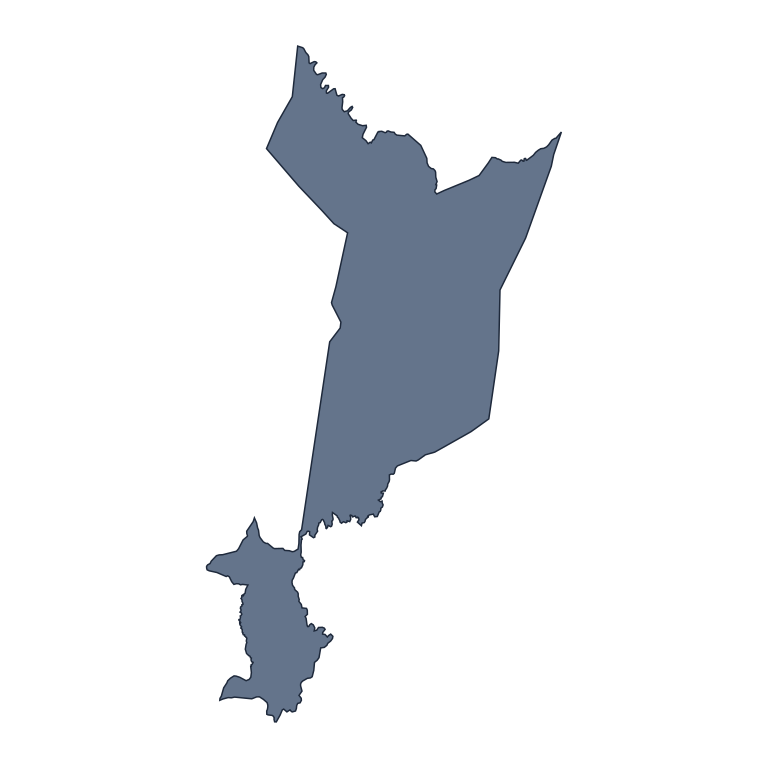 the district of San Pablo Coatlán, Oaxaca, Mexico
{"feature_id": "50627088B61176301842626", "entity_name": "San Pablo Coatlán", "entity_type": "district", "adm_level": 2, "iso_a3": "MEX", "parent_name": "Mexico", "parent_adm1": "Oaxaca", "projection": "equal_earth", "projection_center": [-96.818, 16.154], "detail": "fine", "context": "isolated", "style": "filled", "palette": "slate", "viewbox_px": 768, "rotation_deg": 0, "n_neighbors": 0, "source": "geoboundaries", "source_scale": "gbopen_adm2", "svg_char_len": 6090}
<svg xmlns="http://www.w3.org/2000/svg" viewBox="0 0 768 768"><path d="M488.8,418.9L498.7,350.9L500.0,290.0L525.6,238.1L551.3,166.3L553.7,154.6L561.4,132.0L555.9,138.3L554.8,138.4L552.0,140.1L548.6,144.9L546.6,146.9L543.9,148.3L540.8,148.7L538.3,150.2L535.6,152.4L533.3,155.3L526.7,160.3L526.3,160.3L525.6,158.5L525.0,158.4L524.2,158.8L523.9,161.1L523.1,161.2L521.7,160.0L520.7,160.2L518.2,163.2L514.5,162.3L505.8,162.4L502.2,161.3L501.1,160.2L498.2,158.9L497.3,159.0L495.5,157.7L491.9,157.4L488.2,163.1L479.1,175.5L469.0,180.3L444.2,190.5L436.7,194.0L434.8,191.8L435.0,189.8L436.1,188.6L436.7,185.0L435.8,184.7L437.1,181.6L435.8,177.2L435.6,172.1L435.0,170.6L433.4,168.9L431.2,168.5L428.6,166.4L427.1,162.9L426.8,158.3L420.8,145.4L407.9,134.1L406.6,134.3L404.8,135.9L396.8,135.1L395.2,134.0L394.1,132.3L390.9,132.0L388.1,130.9L387.0,131.2L386.5,132.2L385.1,132.7L381.8,131.3L379.0,131.5L379.0,131.8L377.9,132.0L373.9,139.7L372.8,140.0L371.3,142.9L370.2,142.2L368.1,143.7L365.9,140.6L362.3,137.7L363.0,134.3L366.5,127.3L366.2,125.3L362.6,125.7L358.1,124.3L355.9,122.2L356.4,120.4L356.2,120.1L353.2,120.5L351.1,118.2L348.2,113.7L348.5,112.1L351.4,109.9L352.7,107.4L352.1,106.4L350.4,107.4L347.4,110.8L344.2,111.7L342.2,109.4L342.0,107.6L342.7,101.9L342.5,97.7L343.7,97.1L344.6,95.7L344.3,94.7L342.2,94.4L338.5,96.0L336.9,95.2L335.1,88.7L333.6,88.8L327.5,93.3L326.5,93.1L326.3,91.0L328.6,87.2L328.4,85.5L325.5,85.5L324.6,87.4L323.6,88.3L322.5,88.6L320.9,87.5L320.6,84.6L322.7,79.7L325.1,77.1L326.3,74.4L325.8,73.0L322.2,73.0L317.7,74.7L316.5,74.4L313.7,70.3L313.8,67.2L315.1,64.7L316.9,62.9L315.8,61.8L314.2,61.6L310.1,63.6L309.1,62.9L308.8,56.6L308.0,54.9L305.8,52.5L303.8,48.7L302.7,47.7L297.7,46.1L292.3,96.7L277.6,122.4L266.5,148.6L298.8,186.2L321.7,210.3L333.9,223.7L347.6,232.8L335.9,286.7L331.5,302.6L332.2,305.1L340.9,322.1L340.2,328.0L329.7,341.8L301.6,529.7L299.7,531.7L299.1,534.4L298.9,543.4L298.1,549.0L294.2,551.4L292.2,551.7L289.3,550.7L284.7,550.4L282.9,548.4L274.5,548.6L273.1,548.0L267.6,543.4L265.9,543.4L263.3,541.9L260.0,537.5L259.2,535.6L258.5,530.1L257.6,527.9L256.6,522.9L254.4,517.9L253.2,521.6L246.7,531.2L246.8,533.5L247.5,535.8L247.3,536.4L243.1,539.9L238.6,548.7L236.5,551.2L222.7,554.7L219.1,554.9L216.4,555.7L211.2,561.2L210.1,563.5L207.6,564.9L206.6,566.3L206.6,568.0L207.1,569.8L209.2,570.8L216.9,572.5L226.2,576.5L227.6,575.8L229.3,576.8L231.7,581.7L233.9,584.4L236.4,583.7L238.7,583.8L240.5,584.8L242.6,584.4L247.9,585.0L245.7,589.4L245.1,593.2L244.1,594.0L243.4,595.8L242.8,595.8L242.7,595.0L241.8,595.6L241.7,597.7L241.0,598.4L242.0,599.9L242.0,601.3L242.9,603.3L242.9,604.4L241.9,604.7L241.9,606.0L240.6,607.0L240.4,608.6L240.9,609.2L241.0,610.9L240.0,612.1L241.3,612.9L241.8,614.2L240.9,615.7L240.2,616.0L240.5,617.3L239.8,619.9L238.9,619.7L238.9,620.1L240.7,622.5L240.4,623.2L239.7,622.9L239.7,623.3L240.0,624.8L241.6,626.9L240.8,628.0L242.2,629.4L242.3,632.3L242.9,632.7L242.8,633.6L243.4,634.8L244.5,634.8L244.6,636.0L245.5,636.5L246.0,637.4L246.5,637.5L246.8,638.4L246.3,641.0L246.8,642.6L246.1,644.4L245.3,649.2L246.6,653.6L249.1,655.9L249.6,655.9L250.2,656.6L250.4,657.7L251.4,658.1L251.0,659.9L251.7,661.8L252.9,662.1L253.1,662.5L251.9,664.6L251.1,664.9L251.3,666.1L250.7,666.3L251.4,672.6L250.8,677.2L249.2,679.4L246.1,680.7L239.8,677.3L236.1,676.1L234.0,675.9L230.4,678.2L227.7,680.8L226.9,682.9L223.7,687.8L221.3,696.2L220.0,698.3L219.8,700.3L222.9,699.0L228.1,697.6L231.5,697.8L234.6,697.1L251.8,698.8L256.6,696.9L259.4,696.8L263.4,699.4L267.1,702.6L267.8,705.1L267.8,707.0L267.4,709.4L266.7,711.0L266.8,714.3L268.1,714.9L272.2,715.4L273.1,716.0L274.2,717.7L274.0,719.2L274.6,721.8L276.3,721.9L280.1,715.1L282.3,709.9L283.7,709.1L286.9,711.9L290.0,709.9L291.5,711.6L292.4,711.9L295.5,711.0L296.4,708.5L296.7,705.5L297.7,703.4L300.1,702.8L301.4,700.3L301.2,698.2L299.0,695.4L302.0,691.1L300.6,685.9L300.6,683.9L301.3,682.4L302.7,681.0L307.4,678.3L310.5,677.9L312.2,676.7L313.8,670.3L314.5,662.4L317.2,660.2L319.0,657.7L320.7,647.9L324.3,647.4L326.9,645.3L327.7,643.4L330.7,641.0L332.5,638.5L332.9,636.3L330.7,634.1L328.6,635.5L327.3,637.0L325.1,634.5L322.6,634.1L322.7,632.5L325.1,629.4L324.3,628.1L322.3,627.3L318.5,627.5L316.7,630.2L314.2,630.9L314.8,627.9L313.3,624.9L311.3,623.6L309.8,624.7L308.7,626.5L307.6,626.5L307.0,624.9L306.1,618.3L305.1,616.5L307.4,614.3L307.3,610.2L306.5,608.4L302.0,607.9L301.3,604.4L298.9,601.4L299.2,599.5L298.2,596.3L298.2,593.7L297.6,592.2L295.0,589.8L294.5,589.0L294.6,588.1L292.5,585.2L292.0,582.4L292.2,580.2L293.4,578.2L295.4,573.0L296.8,572.6L298.6,569.3L299.6,569.7L300.3,568.2L301.4,567.9L302.8,564.8L303.0,562.0L304.3,561.6L304.5,560.5L303.2,559.8L302.6,557.5L301.4,557.4L300.7,555.0L301.2,552.1L301.0,545.0L301.5,539.6L302.1,539.3L302.0,538.3L301.0,536.8L305.9,534.0L307.2,531.4L308.4,531.2L309.6,531.6L309.5,534.9L313.5,537.7L314.8,537.1L314.9,535.2L317.6,531.2L317.2,529.6L317.6,527.2L318.7,524.8L318.8,523.1L320.2,522.6L321.6,519.8L322.5,519.4L323.2,519.9L324.6,522.8L324.7,524.0L325.8,526.2L326.0,528.4L326.5,528.6L327.5,527.4L328.1,525.4L330.7,526.7L331.6,526.1L332.2,524.1L331.8,521.2L332.5,520.7L333.1,519.1L332.3,514.8L332.5,512.5L337.1,515.8L337.4,517.0L338.3,517.8L339.8,520.7L340.1,522.1L341.5,523.2L343.5,521.7L345.8,522.7L346.9,522.2L347.1,520.8L349.7,521.6L350.7,519.4L350.6,517.0L350.0,515.8L350.3,515.1L351.8,515.5L352.6,516.9L355.1,516.0L355.7,516.4L356.0,517.6L357.7,517.8L357.9,517.3L358.7,518.1L358.9,519.9L357.4,522.1L361.4,525.7L362.0,523.1L364.2,522.6L365.0,521.4L365.5,519.4L367.4,517.6L367.7,516.4L368.3,516.8L368.5,515.6L369.4,514.9L373.3,514.1L374.7,516.8L377.3,516.5L379.2,511.9L380.2,511.4L380.8,509.9L380.8,508.3L382.4,507.0L383.1,504.9L382.2,502.9L382.1,501.1L380.3,501.7L378.4,500.1L381.1,498.8L381.2,497.4L382.4,496.7L383.4,493.2L381.2,493.0L381.1,491.9L383.0,490.9L385.2,491.0L385.5,489.6L386.3,488.8L387.5,486.3L387.8,483.9L389.1,481.6L389.5,479.8L389.4,474.9L391.1,474.1L393.3,474.2L394.3,473.2L395.5,468.1L397.4,465.9L410.9,460.5L416.1,461.0L418.2,460.0L425.4,454.8L434.8,452.1L471.1,431.6L488.8,418.9Z" fill="#64748b" stroke="#1e293b" stroke-width="1.5"/></svg>